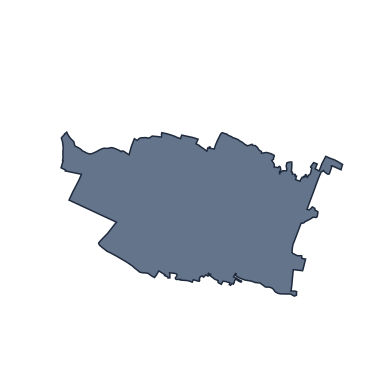 Victoria, Brasov, Romania, rotated 298°
{"feature_id": "2599482B67973869892662", "entity_name": "Victoria", "entity_type": "district", "adm_level": 2, "iso_a3": "ROU", "parent_name": "Romania", "parent_adm1": "Brasov", "projection": "orthographic", "projection_center": [24.701, 45.731], "detail": "fine", "context": "isolated", "style": "filled", "palette": "slate", "viewbox_px": 384, "rotation_deg": 298, "n_neighbors": 0, "source": "geoboundaries", "source_scale": "gbopen_adm2", "svg_char_len": 5377}
<svg xmlns="http://www.w3.org/2000/svg" viewBox="0 0 384 384"><g transform="rotate(298 192 192)"><path d="M180.2,51.6L178.3,51.3L175.4,54.2L170.6,57.5L167.4,58.9L163.4,61.0L162.3,61.8L158.9,63.0L159.0,63.6L151.9,65.0L152.0,70.0L151.1,70.2L152.1,73.6L154.1,80.5L155.4,84.9L155.7,86.1L149.3,86.6L136.5,86.7L127.1,87.2L129.9,139.4L115.8,136.9L107.5,134.5L103.7,133.5L102.6,133.8L101.6,135.5L100.7,139.5L99.8,144.8L100.0,149.4L99.9,155.7L99.5,166.4L98.7,174.1L98.0,176.6L97.3,180.6L96.7,183.4L97.5,186.4L98.7,188.9L99.5,191.2L99.3,193.2L98.9,196.4L98.9,199.1L102.4,199.6L106.6,199.7L106.7,200.6L106.2,207.0L105.4,207.0L105.6,210.4L104.8,211.2L105.8,212.8L107.1,212.1L109.1,211.0L110.1,210.2L112.0,214.7L112.3,216.2L112.0,217.5L111.7,217.9L110.8,218.0L109.5,217.8L108.5,217.6L107.9,217.9L107.5,218.4L107.5,219.3L108.3,220.9L109.4,222.8L108.8,223.0L110.8,227.7L111.8,229.9L112.2,232.3L112.5,234.5L115.2,234.4L116.0,238.5L116.6,240.3L117.4,240.3L118.0,239.9L118.3,239.3L119.3,239.3L120.8,239.0L121.3,239.3L122.5,240.3L122.6,240.9L122.4,241.5L122.2,242.0L122.5,242.4L123.6,242.6L124.7,242.9L125.4,243.3L125.4,244.2L125.1,244.9L125.2,245.4L125.6,245.8L125.9,245.8L126.3,245.7L126.8,245.3L127.5,244.6L128.0,244.8L127.5,245.6L127.6,246.1L128.1,246.8L127.8,247.3L126.9,246.8L126.6,247.0L126.4,248.3L126.0,251.4L125.8,251.8L125.7,253.1L125.9,255.6L126.0,256.7L124.9,257.1L124.4,257.5L124.2,258.1L124.3,260.2L124.2,261.2L127.8,261.2L128.2,262.4L128.8,263.9L129.0,265.0L129.5,267.1L129.7,268.0L127.7,268.4L127.8,269.9L128.7,270.0L129.4,270.2L130.0,270.3L130.0,271.8L130.8,271.8L131.9,271.7L133.0,271.4L133.9,271.3L135.6,271.4L135.2,275.5L135.4,277.5L135.7,277.8L136.3,277.8L136.6,277.5L136.5,273.6L136.6,272.9L136.8,271.8L136.8,271.5L136.5,268.5L140.5,268.7L140.5,269.4L138.8,269.4L138.6,271.1L138.4,274.1L138.7,277.3L139.2,280.4L140.4,283.8L141.2,286.7L141.6,288.9L141.7,290.2L142.9,293.2L143.2,293.9L143.5,294.5L143.6,295.2L143.3,296.6L143.0,298.8L142.8,299.7L142.6,301.2L142.7,301.9L143.6,303.5L144.2,304.8L144.5,306.2L144.7,307.4L144.5,308.9L144.0,310.3L143.3,311.3L142.9,312.9L142.8,314.3L143.2,316.7L143.7,318.2L144.5,319.8L146.8,324.2L147.9,326.3L148.2,327.1L148.1,330.6L148.1,331.1L148.4,331.5L149.2,332.2L149.9,332.7L153.2,331.1L153.0,329.9L152.1,328.0L151.4,326.5L151.0,326.0L157.0,323.7L163.2,321.1L171.0,317.9L174.4,326.6L175.6,326.4L186.1,323.8L185.0,320.2L187.2,318.7L185.2,314.9L185.2,313.2L185.2,312.1L185.1,309.7L185.8,308.6L189.7,306.9L193.0,305.8L200.1,305.0L208.5,303.9L215.6,303.0L216.6,304.5L217.1,305.1L217.6,305.4L218.6,305.6L219.6,306.3L222.5,308.4L224.1,309.4L225.0,309.9L226.4,310.5L226.7,311.3L227.3,312.2L227.5,312.8L227.6,313.4L228.1,313.8L228.7,314.1L229.9,313.8L231.7,313.3L233.7,312.4L233.8,309.2L235.2,308.1L235.4,305.5L235.3,305.2L234.0,304.9L232.5,304.5L231.1,303.7L230.7,301.7L237.8,300.7L247.7,299.4L257.8,298.0L264.6,297.1L270.8,296.6L271.3,297.6L272.7,297.9L272.2,299.2L271.7,301.2L271.5,302.5L271.5,303.6L271.7,304.0L272.0,304.5L272.7,304.7L274.6,304.4L280.2,303.5L280.3,302.9L280.9,303.4L281.3,309.6L281.6,313.2L283.6,312.7L285.9,312.2L287.0,312.1L287.3,306.3L287.3,302.7L287.0,300.8L286.8,299.7L286.5,296.5L286.3,293.4L278.2,293.4L270.3,294.4L270.3,289.8L275.5,289.4L275.1,285.6L270.0,284.9L269.5,285.2L269.4,286.5L264.0,287.9L262.7,287.8L261.3,286.9L259.1,287.0L259.1,286.4L259.4,286.2L259.3,285.3L260.7,285.1L260.6,284.0L258.0,284.2L258.0,283.2L256.8,283.2L256.7,282.3L253.9,282.1L252.2,282.3L251.6,277.6L255.1,276.8L254.6,275.3L255.9,274.9L255.0,272.2L256.7,271.3L256.5,270.1L258.5,269.4L260.4,268.6L263.5,267.1L265.3,266.0L264.5,264.4L262.4,262.1L259.7,262.7L257.9,263.9L257.1,264.7L256.0,265.2L255.2,265.5L254.9,265.2L253.5,262.3L252.3,261.6L251.3,260.9L250.4,260.7L249.3,260.9L249.4,260.5L251.2,259.7L252.8,260.1L253.9,259.6L255.4,258.3L255.7,257.7L255.7,257.2L255.3,256.8L254.6,256.8L254.2,256.9L253.0,253.8L252.6,252.8L254.2,252.2L255.4,251.2L256.6,248.8L257.4,247.6L259.1,248.6L260.6,247.8L261.5,248.0L262.6,247.7L263.0,247.0L262.9,243.5L262.0,239.5L261.2,238.2L259.2,235.7L259.0,235.1L260.4,234.2L260.4,232.5L260.7,231.1L262.1,228.8L262.7,226.1L261.8,224.1L262.3,222.5L261.4,221.8L259.8,220.3L258.8,219.2L258.9,218.0L258.9,217.5L258.6,217.1L259.0,215.7L259.5,213.2L259.6,209.5L259.9,208.5L259.7,205.7L259.2,202.5L259.4,200.8L259.1,198.2L259.2,196.7L259.5,196.0L259.4,195.4L259.2,195.2L259.2,194.2L258.8,192.4L258.6,191.0L257.7,190.3L256.6,190.1L252.4,190.2L248.9,190.3L244.6,190.7L240.4,191.5L239.1,187.3L240.2,187.0L239.9,186.1L238.6,186.4L238.4,185.3L235.0,185.9L235.6,182.5L236.2,176.9L236.5,176.8L236.5,174.7L236.4,172.9L241.5,172.6L240.6,167.5L239.1,162.2L237.4,156.2L233.7,156.8L233.1,152.5L233.2,151.7L232.6,147.3L231.6,142.3L230.2,137.5L228.7,137.9L227.2,138.9L226.0,139.0L224.9,135.8L222.7,130.6L221.4,129.9L220.5,129.5L219.4,128.8L219.1,128.0L218.3,125.5L215.8,121.4L214.8,120.5L214.1,120.1L213.1,119.9L211.8,119.3L212.0,116.1L204.2,117.0L195.3,118.9L195.9,112.9L195.7,111.6L195.1,110.7L194.3,110.4L194.6,108.5L194.2,103.4L193.8,101.2L193.1,99.5L191.0,97.2L189.3,93.7L187.8,92.1L185.2,90.2L182.8,88.7L179.8,86.4L178.3,85.0L177.7,84.0L177.3,82.6L177.0,81.1L177.0,79.3L176.9,75.4L177.4,74.5L177.6,73.2L177.8,70.4L177.7,68.9L177.6,67.8L177.9,66.8L178.5,66.2L179.8,65.0L180.9,64.1L181.3,62.8L182.0,60.3L182.6,58.8L184.2,55.7L186.0,53.3L183.4,52.2L183.1,52.5L180.2,51.6Z" fill="#64748b" stroke="#1e293b" stroke-width="1.5"/></g></svg>